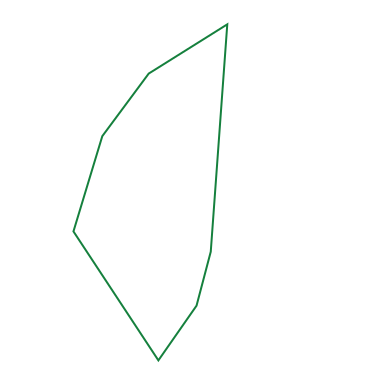 SVG path tracing the border of West End, rotated 147°
{"feature_id": "AIA-5127", "entity_name": "West End", "entity_type": "District", "adm_level": 1, "iso_a3": "AIA", "parent_name": "Anguilla", "parent_adm1": "", "projection": "natural_earth1", "projection_center": [-63.137, 18.189], "detail": "fine", "context": "isolated", "style": "outline", "palette": "green", "viewbox_px": 384, "rotation_deg": 147, "n_neighbors": 0, "source": "natural_earth", "source_scale": "10m", "svg_char_len": 259}
<svg xmlns="http://www.w3.org/2000/svg" viewBox="0 0 384 384"><g transform="rotate(147 192 192)"><path d="M312.9,223.5L236.8,287.7L163.8,314.9L71.1,313.4L208.8,131.7L250.1,94.2L311.9,69.1L312.9,223.5Z" fill="none" stroke="#15803d" stroke-width="2"/></g></svg>